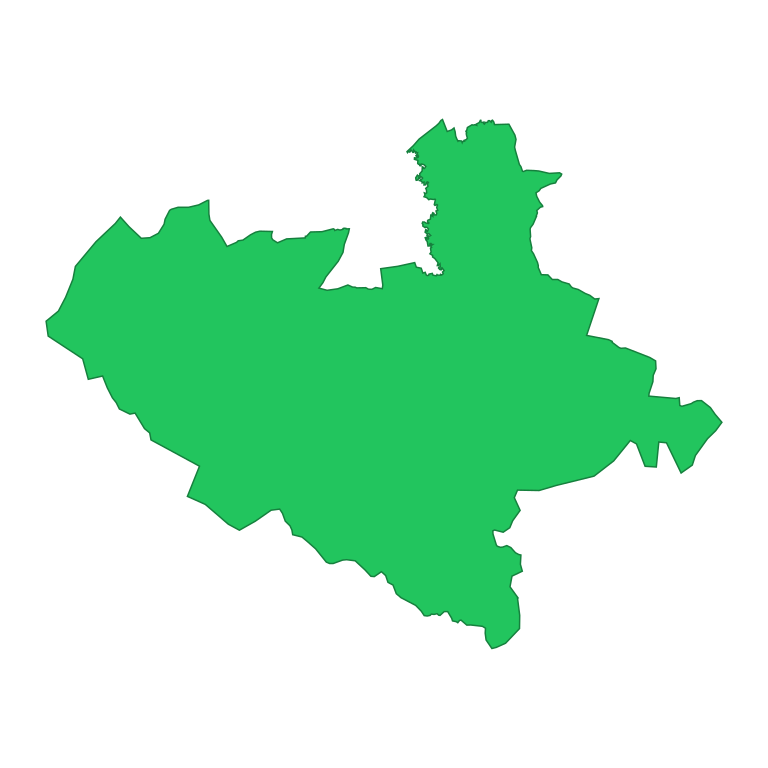 the district of Sabon Gari, Kaduna, Nigeria
{"feature_id": "59680162B7149387462115", "entity_name": "Sabon Gari", "entity_type": "district", "adm_level": 2, "iso_a3": "NGA", "parent_name": "Nigeria", "parent_adm1": "Kaduna", "projection": "mercator", "projection_center": [7.722, 11.165], "detail": "fine", "context": "isolated", "style": "filled", "palette": "green", "viewbox_px": 768, "rotation_deg": 0, "n_neighbors": 0, "source": "geoboundaries", "source_scale": "gbopen_adm2", "svg_char_len": 6123}
<svg xmlns="http://www.w3.org/2000/svg" viewBox="0 0 768 768"><path d="M120.4,217.1L115.3,223.5L96.0,241.7L75.4,266.4L72.9,279.3L65.6,297.3L58.4,311.1L46.1,321.2L48.2,336.1L82.7,358.8L88.3,379.3L102.6,376.0L107.3,387.8L112.4,397.8L116.2,402.6L119.4,409.0L129.9,414.1L135.1,413.1L144.5,428.6L149.7,432.9L151.0,439.9L199.5,466.2L187.4,496.4L205.3,504.4L228.3,524.2L239.4,530.2L255.3,521.2L271.1,510.2L279.7,509.1L282.5,513.4L285.3,521.2L290.0,525.8L291.9,530.0L292.7,534.7L301.9,537.0L306.4,540.7L315.6,548.8L326.3,562.1L329.6,563.5L333.2,563.5L342.6,560.1L346.6,559.7L355.2,560.8L365.0,569.9L370.9,576.3L374.3,576.6L381.4,571.7L385.7,575.6L388.0,582.4L393.0,585.0L396.3,593.7L401.0,597.7L415.7,605.4L421.3,611.2L424.2,615.6L427.2,616.0L430.1,615.4L431.3,614.1L434.1,614.4L437.1,613.7L438.7,615.2L440.0,615.4L444.2,611.6L447.7,611.6L451.7,618.3L452.5,620.9L456.3,621.7L457.8,622.7L459.5,620.5L461.0,620.1L466.8,625.1L470.8,625.0L482.4,626.3L485.5,628.2L485.2,633.2L486.1,640.0L491.9,648.5L496.3,647.4L505.6,643.2L519.5,628.6L519.7,615.3L517.5,598.1L518.0,597.9L510.0,586.8L512.0,576.1L522.3,571.2L520.4,564.3L520.9,555.0L518.7,554.5L515.4,552.7L510.9,547.6L506.8,545.6L502.6,547.1L500.4,547.3L497.2,546.2L496.3,544.9L493.0,534.1L492.8,530.9L494.5,530.0L503.2,532.2L509.8,527.7L512.7,520.7L520.1,510.4L514.3,497.7L517.5,490.1L539.1,490.5L556.4,485.4L594.1,476.1L613.7,460.9L630.3,440.5L636.5,443.9L645.1,466.3L656.3,467.0L658.8,442.0L666.5,442.8L681.1,473.0L692.3,465.1L695.4,455.5L707.5,438.7L715.7,430.7L721.9,422.3L715.1,414.3L710.4,407.6L701.5,400.6L697.2,400.7L693.4,402.2L691.3,403.6L681.9,406.3L679.8,405.5L679.2,397.7L675.9,398.5L648.8,396.1L649.1,393.2L652.9,381.7L653.2,375.4L656.0,368.8L655.6,360.9L649.8,357.5L625.5,348.0L620.9,348.3L618.8,347.4L612.1,342.3L612.2,341.4L608.6,339.7L586.6,335.4L598.9,298.6L594.7,299.0L589.8,295.3L585.3,293.5L578.3,289.5L572.9,288.0L571.3,286.9L569.2,284.0L562.0,281.9L557.8,279.5L552.3,279.5L547.9,274.9L541.3,274.7L538.2,267.4L538.3,265.6L537.5,262.5L533.5,253.7L531.4,250.6L531.8,247.8L529.9,238.8L530.6,236.6L530.1,229.3L530.5,227.7L533.1,224.2L536.5,216.3L536.2,216.1L537.4,212.9L536.8,210.5L540.4,207.2L542.7,206.6L542.5,205.6L539.7,202.2L536.7,196.3L536.0,192.8L539.1,190.8L540.8,188.4L550.4,184.0L555.5,182.9L557.0,179.9L560.9,176.0L561.7,174.1L559.6,172.8L549.3,173.4L538.8,171.0L534.1,170.6L526.6,170.3L523.4,171.5L522.5,171.3L520.9,166.6L519.4,164.5L515.4,150.6L514.6,147.1L516.0,139.4L514.9,135.1L508.9,124.2L494.5,124.6L493.8,122.0L492.5,120.2L491.8,120.5L491.2,122.2L489.7,120.7L488.3,120.7L487.5,122.4L485.6,122.4L484.4,124.1L483.7,123.6L483.9,122.1L482.0,122.5L480.7,121.7L480.9,120.4L480.4,120.3L479.2,122.6L476.3,124.1L476.7,125.3L474.9,124.7L473.2,125.1L472.0,124.8L467.4,127.5L466.6,130.8L465.9,131.2L466.7,132.8L466.3,133.2L466.4,134.7L467.4,138.2L466.2,139.6L464.1,140.4L464.5,141.1L462.6,141.6L462.2,142.6L461.6,141.0L458.4,140.7L458.0,141.2L457.0,139.4L455.7,136.2L455.1,131.7L454.0,128.0L451.6,129.9L447.2,131.5L442.5,119.5L440.9,120.5L438.9,123.3L436.1,125.9L419.1,139.1L413.3,145.7L407.0,151.6L407.5,152.6L408.3,151.5L409.7,152.1L410.2,151.7L410.4,150.2L411.2,150.1L412.9,152.4L413.5,152.3L413.7,150.0L414.9,151.5L416.0,151.7L415.9,152.6L414.9,153.2L417.6,152.7L417.2,154.2L415.9,155.7L416.9,156.7L417.9,155.1L418.5,156.1L418.1,157.4L416.1,158.0L414.5,157.8L414.4,159.3L417.9,160.4L417.7,163.4L418.4,164.2L420.3,164.4L419.7,165.4L420.1,165.8L420.9,165.6L421.1,164.2L421.7,164.0L424.1,164.7L425.8,166.4L424.5,168.5L424.0,168.5L423.3,168.3L423.3,167.3L422.3,166.8L422.1,171.0L419.7,173.8L419.9,175.8L418.3,175.9L417.4,175.1L415.7,177.8L416.0,179.8L416.2,180.3L417.2,180.2L418.5,179.0L418.8,177.7L419.9,178.3L420.3,176.9L421.1,176.7L422.5,177.8L422.5,178.5L419.6,180.6L421.2,181.1L422.2,182.1L422.2,182.9L424.0,182.1L424.0,185.0L425.7,184.8L426.5,182.3L427.7,181.9L428.4,182.6L427.5,183.7L428.0,186.4L425.7,188.4L426.4,189.8L426.7,192.9L426.0,193.5L424.4,192.9L425.0,195.1L424.0,196.7L426.7,197.6L428.8,199.7L430.4,199.0L433.4,199.5L435.0,199.2L435.4,199.5L434.3,204.7L435.0,205.4L436.9,204.5L437.5,205.0L436.7,207.5L437.7,210.4L436.0,211.0L436.8,213.5L436.3,214.9L433.6,214.9L434.0,213.4L432.8,212.7L432.3,213.5L432.8,216.4L431.6,215.7L431.9,214.9L430.8,215.0L430.4,219.2L427.9,220.2L427.5,221.0L427.7,221.9L428.9,223.0L428.6,223.5L426.1,223.1L424.3,222.0L422.7,222.0L422.2,223.5L423.0,224.5L422.8,226.0L425.1,227.7L425.6,227.1L426.9,227.3L428.5,228.9L427.4,231.5L426.8,231.2L426.4,229.9L425.7,229.8L425.1,232.2L427.3,233.9L428.8,233.5L430.7,235.5L429.2,236.3L428.0,235.8L427.6,234.6L426.9,235.2L428.4,237.8L428.6,238.6L428.0,239.2L426.8,238.9L426.9,237.7L426.4,237.3L425.2,237.7L426.1,240.2L427.2,241.4L428.0,246.0L429.6,245.9L430.4,244.5L429.8,244.1L430.1,243.5L431.1,243.5L431.6,244.4L432.7,244.5L431.4,245.4L430.9,246.9L431.5,247.4L430.5,248.3L431.1,252.1L429.9,253.8L432.6,255.4L432.6,257.0L434.7,258.4L438.1,262.8L437.3,265.6L438.3,265.6L440.0,263.8L440.3,266.6L438.8,267.3L438.5,268.0L439.8,269.5L441.1,269.9L441.5,269.4L441.0,268.2L442.0,267.8L444.1,270.6L442.5,272.1L443.3,273.7L441.8,274.9L440.7,274.4L440.7,275.2L437.4,275.1L437.0,274.6L436.2,275.8L433.0,275.2L432.3,273.4L429.0,274.1L428.6,275.3L427.2,275.6L426.2,274.9L425.2,272.3L422.9,273.1L421.2,268.2L416.3,267.2L414.7,262.6L397.8,266.3L380.7,268.7L382.8,285.1L382.3,288.7L375.6,287.5L372.0,289.3L368.5,289.2L365.8,287.7L356.7,287.9L355.3,287.2L352.6,287.1L347.9,285.0L337.8,288.8L327.1,290.3L318.9,288.1L322.9,282.7L325.9,276.9L338.2,261.3L343.0,252.4L344.3,244.4L348.5,232.8L349.3,228.8L346.2,228.9L346.0,228.4L344.0,228.2L343.0,228.6L343.0,229.3L340.0,230.1L337.7,229.4L334.8,230.5L334.4,229.4L333.3,228.8L322.0,231.7L310.5,232.0L306.5,236.3L305.4,236.3L305.3,237.9L286.6,238.9L277.5,242.8L272.8,239.8L271.6,237.9L271.5,234.6L272.4,231.5L259.8,231.2L255.5,232.2L250.5,234.8L242.9,240.1L238.2,240.8L236.5,242.4L227.0,246.5L221.7,237.2L209.9,220.4L208.9,214.1L208.7,200.3L207.5,200.4L198.7,204.9L188.5,207.3L178.0,207.3L171.3,209.3L169.6,210.4L165.1,219.2L164.1,224.2L158.4,233.3L150.0,237.7L141.3,238.3L129.0,226.7L120.4,217.1Z" fill="#22c55e" stroke="#15803d" stroke-width="1.5"/></svg>